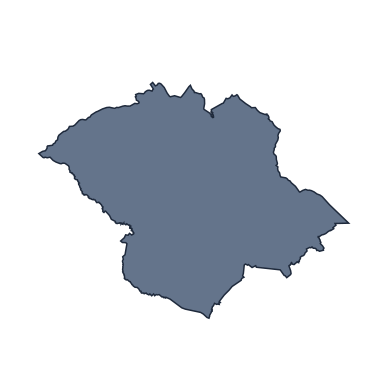 Khok Samrong, Lop Buri, Thailand (Albers equal-area conic projection), rotated 229°
{"feature_id": "78962969B63435084868089", "entity_name": "Khok Samrong", "entity_type": "district", "adm_level": 2, "iso_a3": "THA", "parent_name": "Thailand", "parent_adm1": "Lop Buri", "projection": "albers", "projection_center": [100.783, 15.056], "detail": "fine", "context": "isolated", "style": "filled", "palette": "slate", "viewbox_px": 384, "rotation_deg": 229, "n_neighbors": 0, "source": "geoboundaries", "source_scale": "gbopen_adm2", "svg_char_len": 5994}
<svg xmlns="http://www.w3.org/2000/svg" viewBox="0 0 384 384"><g transform="rotate(229 192 192)"><path d="M65.7,289.8L92.1,287.4L103.0,287.2L105.6,286.6L108.6,285.0L112.0,284.2L114.7,283.0L116.3,281.9L117.3,280.6L119.5,279.4L120.5,276.8L121.1,273.6L121.5,273.1L128.4,273.8L133.7,273.0L136.3,273.2L137.5,272.4L139.5,272.5L141.1,272.1L145.0,268.9L146.5,269.2L149.1,270.7L151.5,270.8L153.4,271.9L154.6,273.3L156.9,272.9L157.0,274.4L157.5,275.2L161.2,277.0L163.4,278.8L164.5,279.1L167.1,278.8L168.7,279.6L169.9,281.7L171.1,282.8L171.4,284.7L173.2,286.1L174.9,290.8L176.5,292.9L178.2,293.8L179.4,295.8L180.2,298.7L181.5,299.5L183.6,298.4L186.7,297.9L188.9,297.8L192.5,298.6L194.4,297.6L195.7,297.9L196.8,297.5L197.3,297.7L197.3,298.6L198.5,299.3L200.0,299.7L201.1,299.1L201.1,299.5L201.7,299.7L202.7,297.9L207.4,295.3L210.9,294.9L214.2,295.2L216.6,292.2L218.2,292.0L223.5,290.5L230.8,289.1L235.2,289.9L236.0,289.7L236.2,287.8L236.8,286.2L237.4,285.9L239.0,285.9L238.2,282.3L238.9,280.2L240.3,279.2L238.5,273.9L239.0,272.8L241.5,260.8L241.2,260.8L240.3,259.3L239.7,258.9L239.3,259.5L238.5,258.9L238.2,259.3L237.9,258.5L237.1,258.7L236.9,258.1L236.4,258.1L236.4,258.5L235.7,258.3L235.4,257.5L234.5,257.6L234.3,257.3L234.8,256.9L233.9,256.7L235.3,256.3L235.9,256.6L236.4,256.2L238.3,257.3L238.9,257.0L239.6,257.2L246.4,255.3L247.4,255.7L250.3,259.4L253.6,262.1L255.0,262.8L256.6,262.3L259.2,263.2L260.4,263.2L261.3,262.0L265.4,259.5L265.5,259.1L266.9,259.7L269.9,259.6L273.6,260.8L273.5,258.7L271.7,251.5L270.8,246.6L270.9,245.3L276.1,242.0L278.1,238.1L279.1,237.8L282.8,238.1L289.1,239.6L293.9,239.5L295.3,238.9L296.1,237.8L295.6,235.8L296.1,234.0L300.5,234.2L300.5,231.2L295.0,230.4L295.0,229.6L294.4,228.0L296.9,226.5L297.9,225.0L298.3,222.5L297.9,221.2L297.9,219.9L301.4,216.5L302.5,213.4L300.9,212.8L301.0,211.7L299.5,211.3L297.8,210.3L296.4,210.9L294.5,211.0L294.0,210.4L294.1,209.7L294.6,208.5L296.4,207.0L297.5,201.6L299.4,199.4L301.0,198.1L302.2,196.1L303.9,192.0L305.4,190.5L305.6,189.1L306.1,188.3L310.1,185.3L311.7,183.1L313.4,179.0L314.8,173.5L315.3,172.4L316.2,166.6L315.5,164.2L316.2,162.7L316.0,159.5L316.5,158.6L318.5,157.1L319.6,155.5L320.0,153.7L319.4,147.3L319.8,145.3L321.9,142.5L320.9,140.3L320.8,138.9L321.0,136.2L321.8,135.2L322.0,134.2L322.2,128.8L321.4,126.9L319.6,124.8L319.8,122.6L318.9,120.9L319.3,118.9L318.8,117.4L321.5,113.2L321.3,112.4L320.1,111.3L319.3,108.5L320.7,105.9L321.5,101.6L315.9,102.2L314.9,102.8L314.7,103.9L312.8,105.2L311.4,107.7L307.0,107.9L303.8,109.0L299.9,111.1L299.1,111.9L298.5,113.5L297.0,114.9L292.8,116.0L291.2,115.5L289.7,114.1L288.2,113.9L287.1,112.9L286.2,113.2L285.8,113.7L284.8,113.6L284.7,114.1L282.9,113.8L282.6,114.1L282.3,113.9L281.7,114.1L281.0,113.5L280.4,113.8L279.7,112.4L278.8,112.2L277.3,112.7L276.4,113.5L274.6,112.8L274.2,113.0L273.5,112.6L272.7,112.8L272.8,112.0L272.0,111.4L270.8,111.3L268.8,110.4L267.5,110.4L267.3,109.8L266.2,109.4L264.1,109.4L263.8,108.8L262.6,108.2L262.2,108.6L260.8,108.5L260.8,108.8L260.1,109.0L260.3,109.4L259.8,109.7L259.7,110.3L259.2,110.6L257.5,111.0L256.6,110.6L256.1,110.8L256.0,110.3L254.7,110.3L253.8,110.7L253.5,111.3L252.7,111.3L251.5,111.9L251.0,112.9L250.7,112.7L249.4,113.7L247.5,113.2L246.4,113.2L245.4,115.0L244.4,114.8L243.6,115.3L242.8,115.1L241.8,115.3L240.9,114.8L239.3,115.0L239.1,114.4L238.4,114.3L238.4,113.3L236.7,112.9L236.1,112.0L234.8,111.9L234.3,112.1L234.6,113.9L234.2,114.2L228.3,114.3L224.3,113.2L220.2,114.8L219.7,114.7L219.5,114.2L218.1,114.2L217.7,114.8L217.3,114.8L216.2,116.9L215.8,117.0L216.0,117.4L215.0,118.2L214.4,117.6L214.5,118.2L214.0,118.8L213.4,118.4L213.0,118.6L213.5,119.2L213.1,119.4L213.3,120.1L212.9,119.8L212.2,120.2L210.6,120.6L210.8,121.9L208.7,122.3L208.4,122.9L207.9,123.2L207.6,122.9L207.3,123.2L206.7,122.8L206.5,123.0L206.5,122.2L206.0,121.7L205.7,122.4L205.3,122.0L204.7,122.3L204.7,121.9L203.9,122.6L203.5,122.5L203.6,121.9L202.3,121.6L202.4,121.0L201.0,121.6L200.1,121.0L199.5,121.3L199.2,121.2L199.3,120.6L198.7,120.3L199.1,118.3L201.8,117.7L201.3,115.4L203.2,113.8L201.9,110.9L201.8,106.0L199.6,106.3L197.2,108.8L195.6,108.9L188.6,100.3L188.6,97.2L186.2,96.0L185.9,94.8L185.1,93.9L182.9,92.9L182.6,92.2L182.0,92.2L180.9,90.6L180.3,90.3L179.2,88.9L177.9,88.2L177.7,87.7L176.9,87.6L176.6,87.0L174.3,86.7L174.1,86.2L173.3,86.2L172.2,85.3L171.8,85.2L171.3,84.3L170.0,84.3L169.7,84.7L168.8,84.6L168.2,85.7L165.6,86.0L164.8,86.6L164.0,86.2L162.7,86.3L161.5,85.9L160.8,86.2L159.6,86.0L157.5,86.5L155.8,88.1L153.3,88.2L151.5,87.7L150.4,88.4L149.6,87.6L148.9,87.6L147.2,89.4L146.6,89.2L145.8,91.1L144.6,91.1L142.6,92.0L142.7,93.3L140.1,93.5L140.2,96.1L138.2,95.8L138.1,97.7L137.1,98.3L136.1,99.9L132.4,100.5L132.1,101.3L130.7,101.4L130.6,102.1L129.6,102.3L129.7,103.0L129.3,103.0L129.4,103.4L125.5,105.2L111.3,108.3L108.0,110.1L95.5,119.5L92.4,120.5L87.5,121.0L85.6,122.0L86.8,124.0L87.4,124.4L88.6,127.8L89.0,128.1L88.8,129.0L89.2,129.4L89.6,129.3L90.0,130.1L90.8,129.9L91.2,131.1L92.0,132.0L92.1,133.6L93.2,135.9L91.0,136.9L90.8,137.6L89.3,138.8L90.6,139.5L90.0,140.8L91.5,140.8L93.1,148.7L93.6,155.7L94.4,160.3L93.1,171.2L93.5,171.5L94.1,173.0L93.6,175.3L95.5,175.2L96.8,177.3L102.6,183.5L102.6,185.0L100.3,186.0L100.3,186.9L95.6,187.8L94.6,191.7L93.0,191.2L75.4,207.5L68.6,206.8L67.6,207.4L65.2,207.3L65.0,212.2L65.5,213.3L67.9,214.8L72.7,216.7L72.7,217.9L72.4,218.2L73.5,220.7L72.7,220.8L72.0,220.2L70.4,221.3L70.1,221.9L70.4,222.5L70.2,223.7L70.4,225.2L69.9,226.0L69.3,225.7L68.7,226.1L69.3,226.8L69.2,227.4L69.8,227.7L70.7,230.2L71.7,230.9L71.6,232.8L71.1,233.6L70.9,235.0L71.1,236.0L71.8,237.3L72.0,240.1L73.9,241.0L73.0,244.4L71.9,245.1L71.8,246.5L70.0,246.6L68.6,248.1L67.4,248.3L66.0,247.8L65.5,248.7L63.6,249.4L61.8,253.0L62.7,253.5L63.1,254.8L65.9,255.2L68.9,255.0L69.5,256.3L70.8,256.4L71.7,257.2L72.4,257.1L73.7,257.7L74.9,257.4L75.6,258.0L74.8,258.9L74.5,261.7L73.6,263.4L72.9,265.7L72.8,268.9L72.3,271.3L71.9,271.3L71.3,274.9L72.6,275.0L72.5,278.9L74.4,279.3L65.7,289.8Z" fill="#64748b" stroke="#1e293b" stroke-width="1.5"/></g></svg>